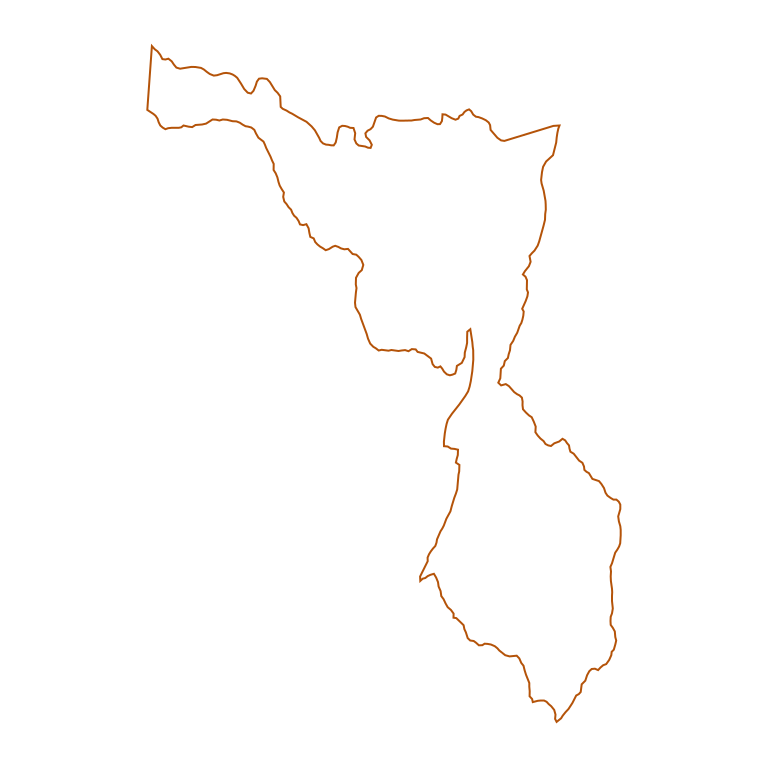 Itacarambi, Minas Gerais, Brazil
{"feature_id": "56859067B37702825751960", "entity_name": "Itacarambi", "entity_type": "district", "adm_level": 2, "iso_a3": "BRA", "parent_name": "Brazil", "parent_adm1": "Minas Gerais", "projection": "equal_earth", "projection_center": [-44.154, -15.206], "detail": "fine", "context": "isolated", "style": "outline", "palette": "amber", "viewbox_px": 768, "rotation_deg": 0, "n_neighbors": 0, "source": "geoboundaries", "source_scale": "gbopen_adm2", "svg_char_len": 6088}
<svg xmlns="http://www.w3.org/2000/svg" viewBox="0 0 768 768"><path d="M147.3,109.9L153.5,114.0L155.6,115.8L157.5,118.6L158.7,122.3L160.3,125.5L162.7,127.6L165.4,129.2L168.1,128.2L171.6,127.8L178.8,127.8L181.3,127.3L183.5,125.5L188.7,126.7L192.2,127.1L195.5,125.0L202.1,124.5L206.1,123.6L212.5,119.5L216.1,119.7L219.4,120.5L222.8,119.5L227.0,119.8L232.5,121.2L236.5,121.4L239.8,122.7L242.6,124.6L245.5,126.2L248.0,126.6L251.3,127.5L254.3,129.8L256.0,133.5L258.4,137.7L263.5,141.6L264.9,144.6L266.2,148.0L270.5,156.6L272.1,160.6L273.7,163.9L273.6,170.0L275.7,173.3L277.4,177.4L278.5,182.0L279.7,185.6L281.7,189.1L283.9,192.5L283.2,196.9L284.3,201.5L286.5,204.0L288.6,207.2L291.1,209.7L292.4,213.0L294.1,215.7L296.5,217.8L298.6,221.0L300.0,224.4L303.1,225.1L306.4,224.2L308.6,228.3L309.4,233.0L310.3,236.9L313.7,238.4L315.2,242.0L317.4,244.4L320.1,246.6L322.7,248.1L325.7,250.2L328.9,249.1L332.7,246.7L335.2,245.8L338.3,246.9L341.0,248.4L344.3,249.3L348.0,248.9L352.6,254.0L356.3,254.7L358.6,256.8L361.4,260.0L363.3,264.9L361.8,270.1L358.7,272.9L356.0,277.8L355.8,284.4L356.5,288.1L355.9,292.6L355.0,302.7L355.5,307.1L359.9,314.7L361.1,318.8L366.7,334.0L368.0,338.6L370.2,343.6L373.3,346.8L375.7,348.2L378.7,350.5L381.7,349.8L388.5,350.7L391.4,350.0L398.5,351.0L401.5,350.5L405.1,350.1L408.5,351.2L411.8,349.1L415.7,349.4L417.6,351.9L424.3,353.5L431.1,358.6L432.6,364.1L434.8,366.9L437.8,367.6L440.4,366.4L442.2,368.6L444.0,371.6L446.8,374.3L449.9,375.3L452.6,374.6L455.2,373.5L456.3,370.0L456.9,365.9L461.8,362.9L464.6,357.1L464.8,352.6L466.2,347.3L467.1,342.9L467.1,337.5L467.3,331.7L470.3,329.2L472.3,342.0L472.7,346.6L473.2,350.2L473.3,359.7L472.3,371.2L470.8,381.1L469.6,386.7L468.1,391.4L465.3,396.0L459.2,404.6L452.0,413.7L447.9,419.7L446.6,423.9L445.6,428.6L444.8,433.4L443.9,441.7L444.0,446.2L447.7,446.5L451.0,448.6L454.5,448.9L458.0,449.7L457.8,455.1L456.7,458.9L455.9,462.6L459.4,464.9L459.2,471.4L458.5,474.6L457.2,489.5L455.9,493.6L454.3,497.8L451.8,506.0L450.4,511.4L446.4,518.7L443.8,525.6L442.3,528.5L440.5,531.3L437.0,539.4L436.5,542.6L435.3,546.0L433.0,548.5L430.8,551.4L429.0,554.3L427.6,557.6L427.7,561.2L420.1,576.5L420.3,580.9L422.7,578.7L425.3,578.0L427.7,576.1L430.5,574.8L433.9,573.8L436.1,577.5L438.0,582.1L438.6,586.5L440.6,591.1L441.3,596.1L443.6,599.2L445.6,603.5L447.7,607.2L450.9,609.9L453.6,613.6L453.5,617.7L456.3,618.1L463.6,625.2L464.4,629.2L465.9,632.4L467.7,638.1L470.2,640.5L473.7,641.0L475.9,642.6L478.9,645.3L482.3,645.2L484.6,643.7L487.5,643.9L490.9,644.5L494.8,646.2L497.4,648.3L499.3,650.5L505.2,655.2L509.6,656.4L516.7,655.7L519.3,658.4L521.3,663.0L523.5,665.7L524.6,670.2L526.0,674.7L529.3,683.0L529.3,686.7L529.7,691.1L529.6,696.3L532.1,699.0L532.8,702.1L537.8,700.8L541.0,700.5L544.0,700.5L546.6,701.8L548.7,704.1L551.2,706.2L554.2,709.9L555.5,714.6L555.1,718.9L556.6,721.9L561.1,718.3L562.7,715.7L565.5,712.2L568.5,709.0L572.4,703.0L576.2,695.5L578.8,694.1L580.7,692.0L581.7,684.3L585.3,680.7L587.1,675.2L589.3,671.2L591.7,669.0L594.9,668.7L598.1,670.1L600.4,667.6L603.2,665.2L606.2,664.1L609.2,659.9L611.3,655.2L611.7,651.8L613.8,649.7L615.3,644.5L616.2,640.5L615.3,637.1L614.8,631.4L612.8,627.8L610.7,624.9L610.5,620.9L610.7,616.8L612.0,613.4L612.8,608.5L612.0,601.0L612.0,595.9L612.2,592.3L612.0,588.8L610.9,581.0L610.7,576.4L611.0,571.4L610.4,566.9L612.0,563.3L615.2,552.7L617.4,549.5L619.1,546.5L620.2,543.3L620.7,535.4L620.7,529.9L620.3,526.2L618.9,521.4L618.2,516.4L620.3,509.1L620.3,504.6L618.8,501.7L616.4,499.6L613.4,499.6L610.7,498.0L607.4,495.6L605.5,492.7L604.0,488.1L601.4,484.0L599.0,481.1L592.4,478.9L588.9,473.1L586.5,471.8L584.4,469.9L584.0,466.5L582.4,462.8L579.1,460.6L573.7,453.7L570.4,451.7L569.5,448.6L569.0,445.4L567.0,443.1L565.2,440.4L562.5,438.8L559.2,441.5L554.3,443.3L551.0,446.0L548.2,445.4L545.5,444.0L543.6,441.1L540.4,438.5L537.7,435.5L535.4,432.2L535.7,426.6L533.8,421.7L531.7,417.2L529.1,415.5L526.0,412.6L523.0,409.3L522.5,405.2L522.6,401.5L521.9,397.6L519.5,395.4L517.1,394.2L514.2,392.1L508.9,386.1L505.8,384.1L501.1,385.4L498.3,382.7L500.3,378.3L500.9,368.7L503.8,365.6L504.8,361.1L507.9,358.0L508.7,354.2L510.0,350.2L510.5,344.9L513.2,340.9L514.9,336.7L517.2,332.8L519.7,325.7L521.3,323.1L522.4,319.7L523.3,315.7L523.7,311.5L522.2,308.8L525.7,301.0L527.4,296.3L528.0,292.4L526.8,289.4L527.0,280.2L525.5,276.7L522.9,274.5L524.9,271.2L528.9,266.2L530.6,261.8L529.5,256.0L531.9,253.2L534.5,250.6L537.7,245.6L539.2,241.4L543.5,225.9L545.0,219.8L545.2,214.1L545.8,209.7L545.7,204.5L545.5,200.9L543.7,190.7L541.6,183.5L541.1,180.0L542.0,172.1L543.1,166.8L546.1,161.5L553.0,155.2L556.2,142.5L556.7,137.4L557.4,132.8L558.3,128.7L559.5,125.5L553.4,125.9L504.4,140.9L501.1,140.4L497.4,137.8L490.6,129.9L490.1,125.1L488.7,122.5L485.8,120.2L482.1,118.4L478.5,117.1L475.9,116.7L473.2,114.6L471.2,111.2L469.1,109.4L466.5,110.4L464.4,112.0L462.6,114.5L459.6,115.9L458.3,118.6L455.5,119.7L451.7,118.2L445.6,114.6L442.5,114.3L442.3,117.8L441.9,121.1L440.0,124.1L437.5,124.2L434.1,122.7L430.7,120.4L428.0,118.0L424.1,118.2L420.6,119.5L414.5,120.0L411.6,120.5L401.2,120.7L398.7,120.6L392.7,119.6L388.7,118.4L384.9,116.5L381.7,115.9L378.7,115.8L376.1,117.5L372.9,126.7L370.5,129.2L367.6,130.7L365.4,133.3L366.1,136.9L369.6,140.4L371.8,144.8L370.6,147.9L368.0,147.7L365.2,146.5L358.7,145.5L356.3,143.4L354.5,139.4L355.2,133.2L353.5,128.0L350.1,127.8L347.7,126.7L345.0,126.0L342.2,125.8L339.2,127.4L337.6,132.4L336.8,137.7L335.7,142.5L333.7,145.4L331.0,145.3L328.6,144.8L326.0,144.6L323.0,143.4L320.6,141.0L319.2,137.9L314.9,130.3L311.6,126.4L306.5,121.8L298.1,117.3L292.1,113.7L289.4,112.4L286.6,110.6L282.7,108.8L280.7,106.9L280.2,96.4L277.6,92.8L274.8,90.1L269.9,82.1L266.9,78.9L262.1,78.3L259.0,78.7L256.9,81.6L255.6,85.8L253.5,90.8L251.0,93.5L247.7,92.7L244.2,89.0L241.0,83.6L237.2,77.8L234.9,75.9L232.6,74.5L229.7,73.4L226.1,72.9L223.4,73.2L217.1,75.2L213.8,75.6L209.8,74.0L206.7,71.8L203.9,69.5L201.0,67.9L195.4,67.0L191.4,66.9L180.1,68.7L176.4,67.6L173.9,64.6L171.7,61.3L168.4,58.7L165.4,59.5L162.4,59.1L160.2,54.8L157.5,51.3L154.8,49.3L151.9,46.1L147.3,109.9Z" fill="none" stroke="#b45309" stroke-width="2"/></svg>